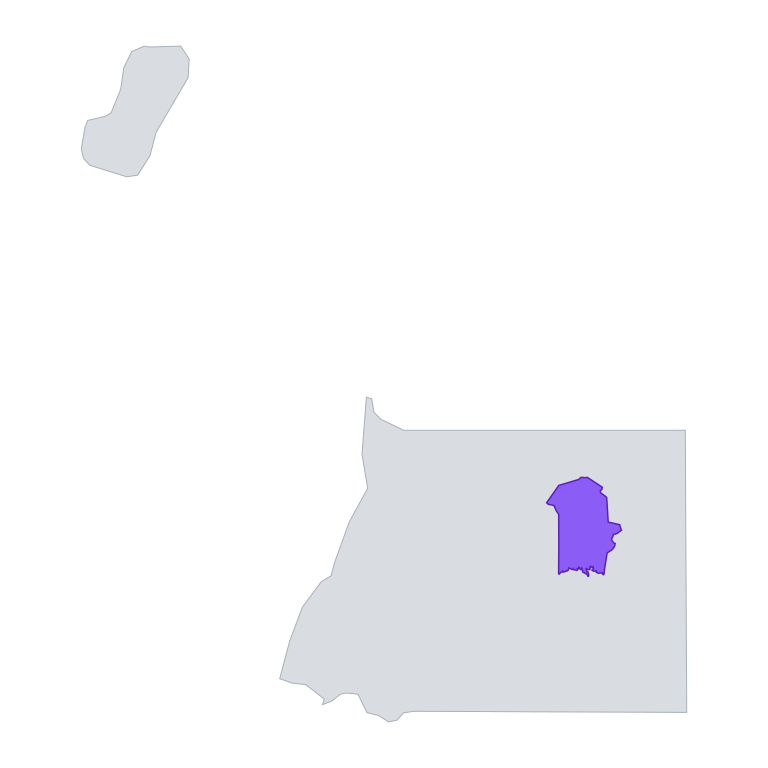 Añisoc, Wele-Nzás, Equatorial Guinea (highlighted)
{"feature_id": "11065452B27397509806446", "entity_name": "Añisoc", "entity_type": "district", "adm_level": 2, "iso_a3": "GNQ", "parent_name": "Equatorial Guinea", "parent_adm1": "Wele-Nzás", "projection": "natural_earth1", "projection_center": [10.841, 1.768], "detail": "fine", "context": "in_parent", "style": "filled", "palette": "violet", "viewbox_px": 768, "rotation_deg": 0, "n_neighbors": 0, "source": "geoboundaries", "source_scale": "gbopen_adm2", "svg_char_len": 4561}
<svg xmlns="http://www.w3.org/2000/svg" viewBox="0 0 768 768"><path d="M685.3,430.3L685.6,486.3L685.8,533.5L686.1,584.7L686.3,638.0L686.6,683.1L686.7,712.4L644.0,712.2L587.2,712.0L530.5,711.8L473.8,711.5L445.3,711.4L413.9,711.3L403.7,712.8L396.8,720.2L388.5,721.9L378.8,715.6L367.0,712.6L363.8,706.1L357.9,694.2L346.3,693.0L340.4,694.2L332.0,701.0L322.5,704.6L324.3,699.1L305.6,684.6L292.1,683.1L279.7,678.7L289.8,640.7L302.4,607.2L321.2,581.8L331.1,575.7L334.4,563.1L349.3,521.8L367.7,488.3L362.0,454.3L366.4,397.2L371.7,398.8L372.6,404.2L373.9,412.2L380.9,419.3L403.8,430.3L472.0,430.3L512.8,430.3L573.0,430.3L636.8,430.3L685.3,430.3ZM144.3,46.1L149.4,47.0L180.6,46.1L189.1,58.9L188.1,77.7L156.0,132.5L150.0,155.7L137.6,175.2L126.8,176.8L89.8,165.3L83.5,158.4L81.3,149.0L85.0,127.1L87.7,120.4L105.4,116.3L111.2,112.7L120.7,89.2L123.8,67.7L131.8,51.5L144.3,46.1Z" fill="#d9dde1" stroke="#a8b0b8" stroke-width="1"/><path d="M558.6,573.3L558.6,573.7L558.6,573.8L558.7,574.0L558.8,574.1L559.0,574.1L559.4,574.0L559.4,573.9L559.5,573.9L559.9,573.4L560.2,573.0L560.6,572.7L561.0,572.4L561.4,572.0L561.8,571.8L562.3,571.5L562.3,571.4L562.5,571.2L562.5,571.3L562.6,571.7L562.6,571.8L562.8,572.0L563.0,572.1L563.5,572.1L564.2,571.9L564.3,571.8L564.5,571.7L565.9,571.3L566.0,571.2L566.8,570.7L566.9,570.8L567.0,570.9L567.7,570.8L567.9,570.6L568.0,570.4L568.1,569.9L568.2,569.7L568.4,569.3L568.5,569.0L568.5,568.9L568.5,568.3L568.6,568.0L568.9,567.8L569.0,567.8L569.4,568.2L569.7,568.5L569.8,568.5L570.1,568.7L570.3,568.7L570.5,568.6L571.0,568.8L571.4,569.1L571.8,569.4L572.3,569.5L572.6,569.4L572.9,569.1L573.0,568.9L573.1,569.2L573.2,569.4L573.5,569.6L574.3,569.9L575.2,569.8L575.4,569.8L575.7,570.1L575.8,570.1L576.5,570.3L577.0,570.4L577.4,570.2L577.5,570.1L577.8,569.8L577.9,569.6L577.9,569.4L577.9,569.1L577.9,568.9L577.6,568.6L578.0,568.6L578.5,568.3L578.7,568.2L578.7,567.9L578.7,567.2L578.8,567.1L579.0,567.5L579.4,567.8L579.4,568.0L579.4,568.3L579.4,568.5L579.6,568.7L579.9,568.9L580.0,569.0L580.4,569.1L580.5,569.2L580.6,569.4L580.7,569.5L580.8,569.6L581.0,569.6L581.5,569.1L581.6,568.9L581.7,568.7L581.7,568.4L581.6,568.1L581.8,568.1L582.0,568.7L581.9,569.1L581.9,569.6L582.0,569.8L582.3,570.4L582.3,570.5L582.5,570.7L582.6,571.0L582.7,571.6L582.7,571.8L582.8,572.1L583.1,572.5L583.3,572.5L583.6,572.6L584.2,572.4L584.3,572.5L584.6,573.0L585.2,573.6L585.3,573.6L585.8,573.6L586.2,573.6L586.3,573.5L586.5,573.8L586.8,574.2L586.9,574.3L587.0,574.3L587.3,574.3L587.5,574.5L587.4,574.7L587.4,574.8L587.3,575.3L587.4,575.5L587.7,576.0L587.8,576.2L588.1,576.3L588.3,576.3L588.5,576.2L588.7,575.6L588.7,574.9L588.6,574.4L588.6,573.8L588.5,573.7L588.4,573.0L588.3,572.9L588.1,572.4L588.0,572.0L587.9,571.9L587.7,571.7L586.7,571.3L586.6,571.1L586.6,570.5L586.5,569.4L586.4,569.2L586.0,568.8L586.1,568.6L586.3,568.5L586.5,568.5L586.9,569.0L587.0,569.1L587.4,569.4L587.6,569.4L587.9,569.5L588.4,569.6L589.1,569.7L589.6,569.6L589.8,569.6L589.9,569.4L590.1,569.0L590.1,568.8L590.1,568.6L590.0,568.4L589.8,568.0L589.9,567.6L590.2,567.0L590.2,566.9L590.2,566.6L590.3,566.3L590.8,566.6L591.1,566.9L591.1,567.0L591.6,567.2L591.7,567.3L592.2,567.3L592.3,567.3L592.4,567.2L592.5,567.3L592.8,567.3L593.2,567.0L593.2,567.7L593.3,568.3L593.3,568.5L593.5,568.8L593.4,569.1L593.2,569.1L592.7,569.2L592.3,569.4L592.2,569.5L592.1,569.8L592.1,570.1L592.1,570.3L592.3,570.4L592.6,570.7L592.7,570.8L593.2,571.0L593.7,571.2L593.8,571.2L594.5,571.1L595.0,570.9L595.4,570.7L595.6,570.7L596.1,570.8L596.4,571.1L596.6,571.4L596.2,571.5L596.0,571.8L596.8,572.6L597.2,572.8L597.5,572.9L597.9,573.1L598.6,573.2L599.1,573.2L600.0,573.3L599.4,573.1L600.6,573.0L601.2,573.1L601.4,573.0L601.6,572.9L602.3,572.7L602.4,573.0L602.5,573.4L602.8,574.3L602.8,574.5L603.0,574.6L603.5,574.7L603.8,574.5L603.9,574.4L604.1,573.5L604.2,573.1L604.2,572.9L604.1,572.7L604.2,572.3L604.3,571.8L604.2,571.6L604.2,571.4L607.1,553.1L607.4,552.7L608.8,551.9L609.7,551.1L611.0,550.6L612.1,549.6L613.0,548.6L614.1,547.2L614.6,546.1L614.9,545.0L615.2,543.5L613.5,542.8L613.2,542.1L611.9,540.6L611.6,538.5L612.7,537.0L613.4,534.6L617.2,533.4L619.5,531.6L620.6,530.9L621.5,530.3L619.7,525.2L619.8,524.7L616.7,524.0L608.2,522.1L606.7,497.7L605.8,496.6L600.5,492.7L600.3,490.6L601.9,489.4L602.2,487.9L602.4,487.3L587.4,477.4L584.9,477.7L581.5,477.3L580.8,477.6L578.6,479.5L558.8,485.4L546.6,502.8L547.5,503.5L548.4,504.4L549.9,504.7L551.7,504.8L553.3,505.5L554.2,505.9L554.8,507.4L555.3,508.7L556.1,510.5L557.0,511.9L558.0,513.4L558.7,514.4L558.8,546.8L558.6,573.3Z" fill="#8b5cf6" stroke="#5b21b6" stroke-width="1.5"/></svg>